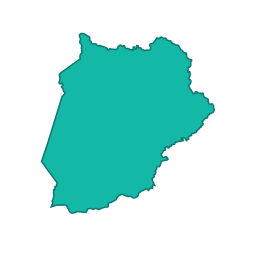 Palocabildo, Tolima, Colombia (Albers equal-area conic projection), rotated 194°
{"feature_id": "7082276B76880403363751", "entity_name": "Palocabildo", "entity_type": "district", "adm_level": 2, "iso_a3": "COL", "parent_name": "Colombia", "parent_adm1": "Tolima", "projection": "albers", "projection_center": [-75.008, 5.096], "detail": "fine", "context": "isolated", "style": "filled", "palette": "teal", "viewbox_px": 256, "rotation_deg": 194, "n_neighbors": 0, "source": "geoboundaries", "source_scale": "gbopen_adm2", "svg_char_len": 5794}
<svg xmlns="http://www.w3.org/2000/svg" viewBox="0 0 256 256"><g transform="rotate(194 128 128)"><path d="M85.1,209.6L86.9,210.0L87.7,210.6L88.3,211.2L89.4,214.6L90.3,214.7L91.2,214.5L92.2,214.7L94.2,216.3L95.2,216.6L96.0,217.0L98.5,219.8L99.2,220.3L100.3,220.5L101.5,219.9L102.1,220.0L102.6,220.4L103.5,220.7L105.9,220.7L106.2,221.7L107.5,221.9L107.6,222.7L107.7,222.8L108.1,222.8L109.2,222.4L109.8,222.4L110.9,222.9L112.0,222.6L112.2,222.8L112.7,224.0L113.2,224.2L113.9,224.2L115.2,223.6L117.4,224.3L118.1,224.1L118.6,223.8L119.0,222.5L119.2,222.3L121.4,222.4L121.8,222.3L122.7,219.7L123.5,218.5L123.6,217.2L123.8,216.6L126.0,215.4L126.7,214.8L126.9,214.3L126.9,213.5L126.5,212.8L125.7,211.9L125.4,211.2L125.3,210.5L125.5,209.6L126.0,208.9L126.9,208.2L127.2,208.2L128.2,208.4L130.4,207.3L133.6,207.6L134.9,208.7L137.0,208.7L138.1,210.2L138.4,210.3L138.9,210.3L139.5,210.1L139.7,209.7L139.6,209.2L138.9,208.5L139.1,207.0L139.5,206.2L139.9,206.2L140.3,206.4L140.8,207.7L141.2,208.2L141.6,208.2L142.4,207.8L142.4,207.3L142.0,205.7L141.9,204.6L142.1,204.4L142.9,204.9L144.9,204.4L146.0,205.0L146.4,205.2L147.5,205.1L148.6,204.7L149.3,204.8L149.8,205.0L151.3,206.8L151.8,207.1L152.4,206.8L153.1,205.8L153.5,205.7L153.9,205.8L154.9,206.6L155.7,206.6L156.4,205.7L157.2,205.0L157.3,202.9L157.8,202.0L158.6,201.4L159.5,201.1L163.4,200.5L165.1,200.5L165.7,199.0L166.3,198.6L166.7,198.7L167.0,199.6L167.5,200.1L171.1,201.0L172.2,200.9L172.8,201.0L173.8,200.9L175.0,201.4L176.5,200.7L177.3,200.5L177.8,200.7L179.3,201.7L179.8,201.8L182.6,201.0L183.2,201.1L184.2,201.8L184.7,203.0L186.0,203.5L186.4,203.8L186.6,205.3L187.3,206.9L188.4,207.4L189.8,207.5L192.1,208.5L193.0,208.5L193.5,208.9L195.3,208.7L196.5,208.3L197.4,207.3L197.6,206.6L197.6,206.0L197.1,205.3L196.8,204.5L196.0,203.7L195.5,202.4L195.7,200.5L195.6,199.7L195.0,198.6L193.7,198.0L193.2,197.4L192.7,195.7L192.6,194.2L191.8,192.9L191.5,191.3L191.0,190.0L191.0,189.2L191.8,188.4L192.0,187.4L191.9,185.6L191.4,184.1L191.1,183.6L207.5,164.0L207.4,162.5L206.8,161.5L206.5,160.5L205.9,159.5L205.9,158.5L205.6,157.9L206.0,155.9L205.9,155.1L205.2,154.4L204.3,154.5L203.8,154.7L203.3,155.7L203.0,155.8L202.7,155.6L202.6,154.8L201.7,154.5L201.6,154.1L201.9,153.0L202.6,152.0L202.5,151.6L201.4,151.1L200.2,149.7L199.5,148.3L199.1,148.0L199.0,147.6L198.1,147.4L197.5,146.4L199.6,142.4L202.1,95.6L203.8,74.5L183.4,57.6L183.6,55.5L183.1,54.6L183.4,54.2L184.7,53.6L184.1,50.8L184.3,50.6L185.1,50.2L185.3,49.8L184.9,49.2L184.7,47.7L183.3,43.8L183.6,42.1L183.5,40.3L184.0,38.6L183.9,38.4L182.9,37.4L182.6,36.3L182.7,35.9L183.3,34.8L183.5,32.8L178.0,36.3L176.4,36.3L170.3,38.2L169.6,38.1L168.2,37.1L167.3,35.9L165.6,34.3L164.6,32.8L161.8,31.7L159.0,33.1L157.2,34.4L156.4,34.7L148.5,35.9L147.9,36.7L147.7,39.3L147.2,39.9L144.6,40.9L142.3,40.7L141.8,40.9L140.2,42.0L139.4,42.2L138.3,42.1L137.4,41.7L136.8,41.7L133.4,44.3L130.4,46.0L129.3,46.1L128.5,46.5L128.2,47.6L128.8,49.3L128.8,50.2L128.3,50.7L126.1,51.9L122.4,55.4L122.2,55.8L121.9,57.5L121.7,58.1L120.2,60.3L119.5,61.0L118.9,61.5L118.1,61.9L117.3,62.1L116.5,62.1L114.3,61.7L111.5,61.5L108.9,62.3L108.0,62.2L106.8,61.6L106.0,61.5L105.2,61.6L104.2,62.0L103.4,62.6L102.1,64.1L101.8,64.9L102.0,66.8L101.8,67.5L101.6,67.9L100.6,68.8L99.4,70.5L98.1,71.0L95.9,73.2L95.5,73.4L94.8,73.4L93.4,72.5L92.9,72.4L92.1,74.5L91.7,74.9L91.3,75.2L89.6,75.4L89.7,76.3L90.2,77.3L90.1,78.3L89.8,78.7L89.2,78.9L88.3,78.9L89.5,80.2L90.1,81.3L90.9,81.8L91.9,83.5L92.4,85.0L91.0,86.5L90.8,87.1L90.8,87.7L91.5,88.1L91.5,88.9L91.2,89.3L90.4,90.0L90.3,90.8L90.3,92.1L90.5,92.4L91.2,92.8L91.3,93.0L90.4,94.8L90.5,97.1L89.9,97.8L88.4,98.0L88.0,98.4L87.6,100.3L87.7,103.0L87.5,103.5L86.9,104.2L85.9,104.8L84.7,105.2L84.1,105.7L83.0,106.0L82.5,106.3L81.9,106.8L81.6,107.6L83.5,109.3L84.5,109.3L85.1,108.9L85.6,108.2L85.9,108.0L86.7,108.0L87.5,108.3L88.2,109.0L89.0,109.4L89.3,109.8L89.3,110.7L88.5,112.6L88.3,113.8L87.8,115.0L86.6,115.5L86.4,115.8L86.5,116.7L87.5,117.3L87.6,117.9L86.9,118.6L85.7,119.0L85.5,119.5L85.2,119.5L84.6,118.5L83.9,118.4L83.4,118.8L83.3,119.5L83.1,120.0L81.9,120.5L81.8,121.2L81.5,121.6L81.6,122.5L79.0,123.4L78.7,124.1L78.8,125.1L78.4,125.8L77.5,126.0L74.9,127.7L73.3,127.8L72.6,129.0L72.2,129.0L71.7,128.8L71.3,129.1L71.1,129.3L71.3,129.6L73.2,130.3L73.5,130.2L73.8,131.1L73.6,131.4L72.4,131.3L71.4,132.0L70.6,132.0L70.2,131.9L68.8,130.2L68.1,130.0L68.2,131.0L67.1,131.3L66.5,131.8L66.5,132.1L66.9,133.2L66.9,134.3L66.0,135.5L65.0,135.7L64.6,136.1L64.9,137.4L64.4,138.4L64.0,138.5L63.1,138.5L62.3,139.5L61.3,139.9L60.7,140.4L60.9,141.6L60.7,141.9L60.1,142.1L59.8,143.2L58.9,144.2L58.6,145.3L57.3,146.6L57.2,147.1L57.7,147.4L57.6,147.6L56.8,148.1L56.1,149.2L56.1,150.0L56.2,150.4L57.2,150.9L57.7,152.0L57.2,152.7L56.6,153.2L56.2,154.9L55.6,155.7L55.1,156.2L53.7,156.7L53.4,157.2L53.6,158.7L53.4,159.4L52.4,160.8L52.2,161.7L51.0,162.0L50.6,162.8L49.3,163.8L48.7,165.5L48.5,166.5L49.6,167.9L50.5,170.2L51.7,171.6L52.2,171.8L53.4,171.4L54.1,170.7L55.4,171.1L56.0,172.2L56.1,172.8L56.9,173.4L56.8,174.2L57.0,174.9L57.5,175.4L58.1,175.7L59.3,175.9L59.9,175.8L62.0,176.7L62.4,177.5L62.9,178.1L63.1,178.6L63.0,179.1L63.4,179.8L64.2,179.9L64.8,179.4L65.3,178.8L65.7,178.7L66.3,179.4L67.2,179.0L68.7,179.1L69.4,178.9L69.6,179.0L70.0,179.9L70.6,179.9L71.4,179.3L71.6,177.6L71.8,177.3L72.8,176.9L73.1,177.0L73.8,178.1L74.2,178.4L74.9,178.7L75.7,180.1L77.1,180.5L77.2,181.0L78.2,182.1L78.7,183.3L79.4,184.0L79.1,184.4L79.2,185.1L78.4,185.7L78.1,186.5L78.2,188.5L78.4,189.0L79.2,189.8L80.1,190.0L80.9,190.8L80.8,191.9L81.0,192.4L80.7,192.9L80.5,193.8L80.6,195.3L81.2,196.2L81.2,196.6L81.6,197.4L81.8,197.5L82.7,196.8L83.1,196.7L83.7,197.0L83.7,198.9L84.3,200.9L84.1,201.5L83.2,201.8L82.7,202.3L82.4,203.1L82.3,204.4L83.2,207.0L82.5,209.2L83.3,209.6L85.1,209.6Z" fill="#14b8a6" stroke="#0f766e" stroke-width="1.5"/></g></svg>